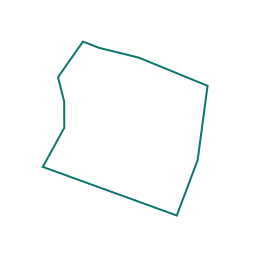 an SVG outline of Al Farwaniyah, rotated 30°
{"feature_id": "KWT-1664", "entity_name": "Al Farwaniyah", "entity_type": "Province", "adm_level": 1, "iso_a3": "KWT", "parent_name": "Kuwait", "parent_adm1": "", "projection": "robinson", "projection_center": [47.917, 29.258], "detail": "fine", "context": "isolated", "style": "outline", "palette": "teal", "viewbox_px": 256, "rotation_deg": 30, "n_neighbors": 0, "source": "natural_earth", "source_scale": "10m", "svg_char_len": 296}
<svg xmlns="http://www.w3.org/2000/svg" viewBox="0 0 256 256"><g transform="rotate(30 128 128)"><path d="M62.7,73.1L102.1,61.7L175.8,51.7L191.0,88.5L204.4,121.1L214.0,179.4L73.7,204.3L72.7,159.7L59.5,137.0L42.0,119.0L45.8,75.7L62.7,73.1Z" fill="none" stroke="#0f766e" stroke-width="2"/></g></svg>